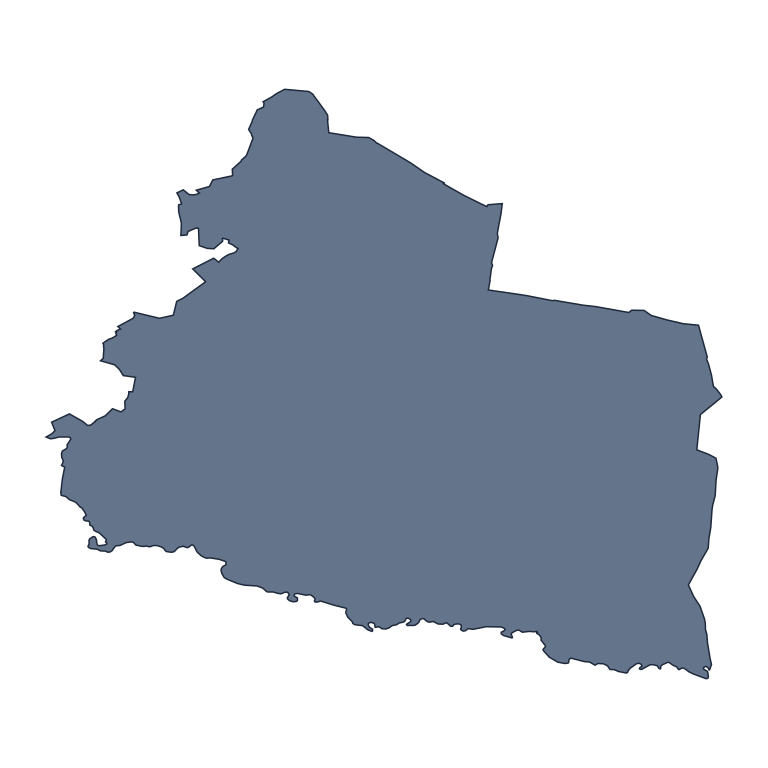 Kantinieku pag., Rezeknes, Latvia
{"feature_id": "27541924B86344078338923", "entity_name": "Kantinieku pag.", "entity_type": "district", "adm_level": 2, "iso_a3": "LVA", "parent_name": "Latvia", "parent_adm1": "Rezeknes", "projection": "natural_earth1", "projection_center": [27.111, 56.59], "detail": "fine", "context": "isolated", "style": "filled", "palette": "slate", "viewbox_px": 768, "rotation_deg": 0, "n_neighbors": 0, "source": "geoboundaries", "source_scale": "gbopen_adm2", "svg_char_len": 6060}
<svg xmlns="http://www.w3.org/2000/svg" viewBox="0 0 768 768"><path d="M284.7,89.3L276.7,93.5L271.7,97.0L263.1,101.7L264.1,103.6L263.4,107.1L257.3,109.8L252.5,119.9L252.1,121.6L248.6,129.5L251.4,133.8L251.7,135.4L253.0,138.1L247.7,152.3L246.2,155.9L241.5,160.0L241.1,161.2L232.3,169.2L232.6,175.5L232.3,175.8L212.8,179.9L209.4,186.5L196.3,190.2L199.4,193.0L195.6,194.7L191.7,194.8L188.8,194.4L183.3,189.8L176.9,192.9L179.2,197.0L181.6,203.9L178.7,204.8L178.5,205.2L178.7,211.9L181.4,223.1L180.9,235.5L187.0,234.9L188.0,231.7L188.5,231.3L196.1,228.0L198.5,228.4L199.2,245.6L207.3,248.4L213.8,248.8L222.5,241.4L222.7,240.4L222.3,238.8L222.8,238.2L229.1,240.1L228.5,242.9L232.9,245.0L236.7,247.9L238.1,248.4L236.2,251.5L233.7,253.0L229.2,254.3L226.2,255.9L222.0,258.7L218.7,262.2L213.7,258.2L192.7,268.9L205.6,281.7L183.2,298.1L176.7,301.4L173.3,315.2L159.5,318.3L134.1,312.2L133.6,312.6L134.7,315.3L133.3,318.2L117.9,326.5L120.5,329.1L117.2,330.4L115.6,331.7L116.7,332.1L115.8,333.3L116.6,335.4L111.9,338.2L108.4,339.4L102.9,343.3L103.8,345.2L103.5,346.5L103.9,348.4L103.2,358.4L100.5,360.8L114.6,364.8L119.3,369.3L123.3,375.6L135.5,377.3L132.7,391.8L128.8,391.7L128.7,393.9L127.8,397.5L124.8,401.2L125.1,408.9L120.9,411.9L112.5,408.7L105.3,415.8L96.8,419.7L95.2,421.1L95.4,421.4L90.5,425.2L87.5,425.4L82.5,421.3L69.4,413.9L51.6,422.2L55.0,430.6L51.8,433.8L46.1,437.0L50.4,438.8L54.2,438.3L58.9,437.0L68.7,437.0L70.3,437.7L70.8,439.1L67.0,445.0L67.4,446.5L66.6,448.5L62.7,450.8L62.1,451.5L61.5,453.8L61.8,457.3L63.2,460.6L62.8,462.8L61.5,465.5L64.7,467.1L62.3,479.4L60.8,492.8L61.2,495.3L66.2,496.7L69.3,499.6L75.2,502.0L76.6,503.1L80.2,507.1L81.8,507.9L84.6,511.9L86.3,515.3L83.8,517.4L83.3,518.5L83.9,520.0L85.3,520.8L88.8,521.2L89.6,522.2L89.9,525.2L91.9,526.0L93.3,527.9L93.7,530.0L95.6,531.4L99.0,532.7L106.4,539.5L105.5,541.8L106.8,542.9L106.7,544.0L104.7,545.0L99.0,545.7L97.8,545.3L97.2,544.5L96.6,541.8L96.6,540.3L95.3,537.2L93.9,536.6L92.5,536.9L89.5,539.0L89.0,540.5L89.1,544.3L88.0,546.1L88.4,547.4L90.9,548.6L97.2,549.2L100.4,550.9L105.5,551.1L107.4,552.1L108.9,552.2L110.4,551.8L112.1,550.7L114.8,546.8L116.4,545.7L119.9,545.5L126.2,542.6L131.0,541.9L133.5,542.4L135.8,545.0L141.4,546.3L144.3,546.4L145.7,546.0L149.9,546.8L153.4,545.5L157.2,545.6L161.7,547.1L163.8,548.5L165.4,550.8L166.6,551.6L171.7,552.3L174.3,551.6L177.4,548.3L179.6,547.0L183.3,546.3L187.3,547.7L189.2,546.9L191.4,545.0L192.9,545.1L194.2,546.3L197.0,551.8L198.2,553.1L201.3,555.8L204.2,557.4L206.8,558.2L210.2,557.9L219.0,559.3L225.3,561.4L226.1,562.7L225.7,565.0L223.3,566.1L221.7,567.9L221.1,569.5L221.2,571.2L221.9,573.6L224.2,577.5L226.9,579.2L237.5,583.5L241.1,584.4L244.9,585.2L257.2,586.0L262.9,588.2L266.5,591.5L267.9,592.0L273.2,592.0L277.8,593.4L281.2,593.8L284.3,592.4L287.0,592.1L288.0,592.7L289.2,594.8L287.3,597.8L287.6,599.0L289.5,600.7L293.2,601.8L296.0,601.5L296.9,601.2L297.5,600.3L297.4,597.9L294.1,595.9L294.2,594.8L295.2,593.7L297.8,593.5L306.0,595.2L309.6,594.7L310.9,595.0L314.5,597.7L315.1,599.4L314.4,600.7L314.8,601.8L316.3,602.2L320.8,601.1L334.3,605.3L346.0,608.2L346.6,609.0L345.8,612.6L346.2,613.9L347.9,617.3L352.5,622.0L352.7,623.3L353.2,623.7L354.4,624.5L356.6,625.0L362.5,625.6L368.1,630.0L371.9,631.4L372.6,630.9L372.6,629.2L369.6,627.4L368.4,625.4L368.3,623.6L369.9,622.5L371.7,622.5L374.0,623.3L374.5,623.9L375.1,627.3L378.6,626.8L380.5,627.6L381.7,628.7L385.9,629.0L389.4,627.7L391.9,625.7L397.0,624.6L398.8,623.1L403.6,622.1L404.5,621.5L406.3,618.4L407.7,618.1L409.8,619.0L410.8,620.0L410.8,620.8L410.5,621.7L406.6,624.2L406.5,624.7L407.4,625.5L414.8,625.4L417.6,623.5L419.0,621.9L420.0,619.7L421.7,618.7L422.7,618.6L423.9,618.8L426.3,620.9L428.1,621.9L429.4,622.2L433.2,621.5L438.1,624.0L443.0,624.2L445.3,623.1L446.9,622.9L450.6,626.2L452.7,626.3L454.0,624.4L457.0,623.9L459.5,624.0L461.2,625.2L461.3,627.6L460.6,628.9L460.8,629.7L463.0,631.1L465.3,630.8L468.1,628.7L473.2,629.3L486.2,626.7L501.5,627.0L504.6,628.5L505.0,629.9L503.1,631.4L501.2,632.2L501.3,633.9L503.7,635.6L511.8,637.9L512.4,637.7L512.4,637.2L511.2,634.2L511.4,633.4L513.7,631.8L517.3,630.1L519.1,630.2L522.3,632.2L529.4,631.4L533.8,631.8L536.7,631.4L537.5,632.3L536.7,632.8L536.8,633.4L539.3,634.9L541.2,637.7L541.0,640.1L545.2,645.5L545.4,646.5L545.0,647.3L543.0,649.4L543.5,650.8L549.3,657.2L557.8,662.2L564.8,663.5L567.6,663.2L568.4,662.9L568.7,662.2L568.9,660.0L569.5,659.1L570.8,658.1L584.3,661.6L588.4,661.9L590.2,662.4L595.0,665.2L598.0,663.5L603.5,663.8L607.5,665.8L609.9,669.5L614.1,669.6L618.5,671.5L626.0,673.0L626.9,672.9L627.7,672.2L628.3,670.4L630.4,668.1L636.7,663.6L639.3,663.3L640.9,664.2L641.7,665.2L641.8,666.5L640.2,667.3L639.5,668.2L639.6,669.0L640.2,669.4L641.9,669.3L649.8,664.9L652.4,664.6L656.3,665.4L657.3,665.9L659.0,668.5L660.2,668.9L660.7,668.4L660.7,666.3L662.4,664.7L667.9,662.3L669.0,662.4L672.8,665.1L676.7,666.9L678.5,669.5L679.4,669.5L681.6,668.2L683.2,668.1L684.7,668.6L688.9,671.8L693.4,674.0L706.1,678.7L707.8,678.3L708.4,676.8L707.7,671.9L707.2,671.2L703.6,669.1L703.4,668.5L703.6,667.5L705.5,666.5L706.8,666.7L708.1,667.9L709.2,670.0L709.6,669.8L711.5,664.5L710.1,658.5L707.5,642.8L706.9,634.7L705.5,629.7L705.3,623.4L704.6,619.3L700.1,606.4L693.5,596.2L688.4,584.9L697.3,568.8L700.8,561.0L708.2,548.2L708.9,538.6L710.8,527.4L712.0,509.9L712.6,505.6L715.2,495.6L716.1,479.9L717.7,469.3L717.8,467.1L716.0,458.3L709.2,454.6L696.8,449.8L700.4,414.6L721.9,397.0L720.8,394.8L716.6,389.3L713.4,386.3L711.5,375.2L708.6,364.3L706.5,358.9L707.3,357.1L698.5,325.2L683.3,323.7L667.2,320.0L651.1,315.4L644.1,310.4L631.7,310.2L628.8,312.5L595.8,306.6L583.3,305.2L554.3,300.3L552.4,300.7L526.1,295.5L488.4,290.0L490.1,280.4L489.9,279.9L491.5,268.4L492.6,265.4L491.5,262.8L498.1,237.9L497.3,233.4L501.0,213.7L502.3,203.6L488.5,204.7L487.6,205.1L486.9,206.6L480.9,203.8L463.4,195.1L443.5,183.8L444.3,183.0L424.4,172.4L410.8,163.0L377.0,143.0L376.6,143.2L374.3,140.7L368.7,137.5L356.6,137.2L328.8,132.7L327.5,119.8L327.9,119.8L327.6,115.2L325.0,111.0L312.6,94.0L308.8,91.5L284.7,89.3Z" fill="#64748b" stroke="#1e293b" stroke-width="1.5"/></svg>